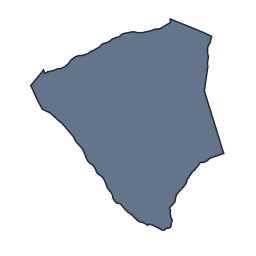 Anaurilândia, Mato Grosso do Sul, Brazil, rotated 85°
{"feature_id": "56859067B19851013015279", "entity_name": "Anaurilândia", "entity_type": "district", "adm_level": 2, "iso_a3": "BRA", "parent_name": "Brazil", "parent_adm1": "Mato Grosso do Sul", "projection": "albers", "projection_center": [-52.789, -22.153], "detail": "fine", "context": "isolated", "style": "filled", "palette": "slate", "viewbox_px": 256, "rotation_deg": 85, "n_neighbors": 0, "source": "geoboundaries", "source_scale": "gbopen_adm2", "svg_char_len": 3565}
<svg xmlns="http://www.w3.org/2000/svg" viewBox="0 0 256 256"><g transform="rotate(85 128 128)"><path d="M226.6,117.0L225.6,115.4L226.0,114.6L226.2,113.5L226.8,112.2L228.4,109.6L229.1,108.3L229.9,107.2L231.1,105.1L231.9,104.1L232.5,103.1L232.8,102.1L232.9,101.1L232.7,100.0L231.4,99.5L231.2,98.2L231.4,96.5L230.9,94.9L230.0,93.9L229.0,93.7L228.2,93.5L227.5,93.2L226.6,93.1L225.8,92.8L225.0,92.3L223.7,91.9L222.6,92.4L221.7,92.8L220.9,93.1L219.9,93.1L218.4,93.3L216.7,93.4L215.9,93.4L215.0,93.2L213.7,92.8L212.9,92.9L212.2,93.6L211.2,93.7L210.0,92.4L209.4,91.6L208.2,90.2L207.3,89.3L206.6,88.9L206.0,87.9L205.2,87.6L204.0,87.3L202.6,86.9L201.5,86.6L200.5,86.2L199.6,85.7L198.3,85.2L196.5,83.3L195.8,82.7L194.8,81.4L193.8,80.5L191.7,77.8L190.8,77.2L190.1,76.8L189.5,76.3L188.9,75.4L188.0,74.9L186.4,74.1L185.1,74.0L184.4,73.5L183.4,72.5L182.3,71.5L181.0,70.9L180.2,70.0L179.2,69.3L178.1,68.5L177.5,67.9L177.0,67.3L176.5,66.6L175.9,65.7L175.4,65.0L174.6,64.3L173.9,63.8L173.2,62.9L172.2,61.9L171.0,60.9L170.4,60.4L169.6,59.9L168.6,58.9L168.8,57.2L168.8,55.5L168.4,54.3L168.1,53.3L167.5,52.0L166.4,50.5L165.5,49.5L164.9,47.8L161.7,34.8L156.4,36.1L150.5,37.3L141.2,39.3L134.1,40.8L123.6,43.1L110.0,46.1L104.7,47.2L100.3,48.2L99.2,48.5L97.8,48.6L96.0,48.3L93.9,47.8L93.0,47.6L90.7,47.1L87.7,46.4L81.8,45.0L80.6,44.7L78.7,44.3L75.9,43.6L74.3,43.2L72.7,43.1L71.2,43.3L68.7,42.9L67.0,42.4L65.7,42.1L64.3,41.7L63.2,41.8L61.8,42.1L60.8,42.2L57.4,41.9L55.9,41.8L55.1,41.7L54.3,41.6L53.5,41.2L52.2,40.2L50.6,39.1L49.7,38.6L47.7,38.0L45.8,37.4L44.0,36.7L39.3,44.8L23.1,76.4L24.4,76.5L25.5,76.4L26.5,76.4L31.8,87.4L31.8,88.5L31.9,89.3L32.0,90.2L32.0,92.2L32.1,93.5L32.5,94.7L32.9,95.7L33.1,97.2L33.4,98.2L33.6,99.6L33.6,101.2L33.9,102.2L33.9,103.1L34.2,104.1L34.2,105.2L34.2,106.5L34.0,107.9L33.9,108.9L33.9,110.2L33.5,111.2L33.0,112.6L32.6,113.7L32.6,114.7L32.7,116.4L32.8,117.7L33.0,118.8L33.2,119.9L33.2,120.9L33.3,122.1L33.4,123.1L33.6,124.1L33.7,124.9L34.2,125.9L34.8,127.0L35.6,127.9L36.2,128.8L36.5,129.7L36.7,131.2L37.0,132.7L37.4,133.8L37.7,135.3L38.3,136.7L39.5,137.7L39.9,139.0L40.5,140.0L40.8,140.9L41.0,141.9L41.3,142.9L41.6,143.9L41.7,145.1L42.2,146.4L43.2,147.9L44.0,148.5L44.6,149.0L44.9,149.9L45.6,150.9L46.2,152.5L46.7,153.5L47.2,154.6L47.9,156.0L48.1,157.4L48.5,158.6L49.1,159.3L49.7,160.2L50.4,161.5L50.8,163.0L51.0,164.1L51.5,165.5L51.7,167.0L51.7,168.6L51.6,170.0L51.6,170.8L51.8,171.9L52.2,173.0L52.5,174.3L53.1,175.4L53.8,176.4L54.4,177.6L55.2,178.7L56.2,179.6L57.0,180.3L57.6,180.9L58.6,181.8L59.6,182.8L60.2,184.1L61.0,184.8L61.5,185.6L61.8,186.6L62.3,188.0L62.7,189.1L62.9,190.0L62.9,190.9L62.8,192.1L63.0,192.9L63.4,194.6L63.9,195.8L64.2,197.2L64.4,198.1L64.7,199.2L64.7,200.3L64.8,201.7L65.0,203.1L66.1,205.3L66.2,206.4L65.0,206.5L63.7,206.9L62.8,207.2L63.5,207.9L64.3,208.4L71.4,215.4L73.4,217.3L77.2,221.2L79.7,220.3L80.8,219.8L90.3,216.5L91.3,216.1L93.5,215.3L101.3,211.9L102.2,211.2L106.1,204.3L106.8,203.7L111.9,198.9L113.9,197.1L114.7,196.4L117.3,193.5L131.4,183.4L137.2,181.0L145.1,175.0L155.6,171.7L157.1,171.1L158.4,170.2L159.9,168.7L160.9,167.5L161.7,166.4L162.7,165.7L164.4,164.7L166.6,164.0L169.8,162.8L171.3,161.7L172.6,160.0L174.2,158.3L176.3,156.8L178.6,155.8L183.3,154.4L184.5,154.1L186.3,153.5L188.8,151.9L191.3,150.2L194.2,149.2L195.7,149.1L196.7,149.1L197.6,148.7L199.6,147.5L200.6,146.9L201.8,145.6L202.8,142.2L208.4,138.3L209.5,137.5L210.3,136.7L212.2,135.1L213.2,133.7L214.1,132.7L215.6,131.2L220.5,127.0L222.3,124.9L223.4,121.8L224.1,120.4L225.4,118.4L226.6,117.0Z" fill="#64748b" stroke="#1e293b" stroke-width="1.5"/></g></svg>